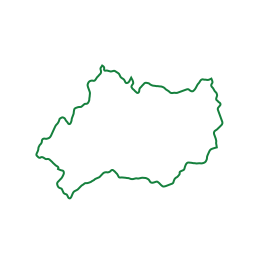 Bonao, Monseñor Nouel, Dominican Republic (orthographic projection), rotated 250°
{"feature_id": "3306468B55753848240652", "entity_name": "Bonao", "entity_type": "district", "adm_level": 2, "iso_a3": "DOM", "parent_name": "Dominican Republic", "parent_adm1": "Monseñor Nouel", "projection": "orthographic", "projection_center": [-70.443, 18.942], "detail": "fine", "context": "isolated", "style": "outline", "palette": "green", "viewbox_px": 256, "rotation_deg": 250, "n_neighbors": 0, "source": "geoboundaries", "source_scale": "gbopen_adm2", "svg_char_len": 5788}
<svg xmlns="http://www.w3.org/2000/svg" viewBox="0 0 256 256"><g transform="rotate(250 128 128)"><path d="M90.7,78.2L91.1,79.1L91.3,79.8L91.4,80.9L91.5,83.2L91.6,84.3L91.9,85.0L93.9,89.0L94.2,90.0L94.2,91.1L94.1,91.7L93.9,92.4L93.2,93.8L93.1,94.8L93.1,95.5L93.2,96.1L94.0,98.0L94.0,98.6L93.8,99.2L93.4,99.6L91.6,100.7L90.1,101.3L88.6,102.0L87.7,102.2L85.4,102.5L84.8,102.7L84.4,103.1L84.1,103.7L83.7,105.2L82.9,106.9L82.2,108.4L81.4,109.8L80.7,111.4L79.1,113.3L78.6,114.3L78.3,115.3L78.0,118.1L77.8,118.7L77.1,120.1L76.9,120.8L76.5,123.9L76.3,124.6L74.9,127.6L73.9,128.7L72.8,129.6L71.9,130.0L69.9,130.4L69.3,130.7L68.8,131.1L68.3,131.9L68.1,132.6L68.0,133.3L67.9,135.9L67.8,136.6L67.5,137.2L67.0,137.6L65.5,138.5L63.4,139.4L61.8,140.3L61.1,140.9L60.8,141.5L60.6,142.5L60.5,143.6L60.6,149.5L60.6,150.6L60.9,151.5L61.3,152.0L62.3,152.7L63.1,153.4L63.9,154.1L64.3,154.7L64.8,155.7L65.2,157.7L65.5,158.3L66.7,160.4L67.2,160.8L68.7,161.4L69.1,161.9L69.3,162.8L69.5,165.6L69.7,166.3L69.9,166.5L70.3,167.0L72.0,168.2L73.4,169.4L74.4,170.5L74.9,171.5L75.0,172.2L75.0,172.5L74.8,173.2L73.6,175.7L72.6,177.4L72.1,178.7L71.3,180.1L71.1,180.7L70.5,183.0L69.7,184.7L69.5,185.4L69.4,186.1L69.3,187.2L69.4,187.9L69.5,188.6L69.8,189.3L70.2,189.9L70.7,190.4L71.5,191.2L72.1,191.6L74.0,192.5L75.1,193.4L78.1,196.3L78.8,197.1L79.2,197.7L79.6,198.7L79.7,200.2L79.6,202.7L79.5,203.8L79.4,204.8L80.8,205.1L83.6,205.6L85.6,206.5L86.4,206.6L87.9,206.8L92.7,206.8L93.8,207.0L94.4,207.3L95.2,208.0L95.5,208.5L95.7,209.1L96.1,210.8L96.3,211.4L97.0,212.9L97.5,214.1L98.9,217.0L99.3,217.6L99.8,218.0L100.3,218.4L101.4,218.7L102.6,218.7L113.1,218.7L114.2,218.7L115.0,218.8L115.6,219.1L116.1,219.5L117.9,222.5L118.4,222.9L119.0,223.1L119.6,223.1L120.1,222.9L120.6,222.7L121.4,222.0L123.0,221.4L123.7,220.9L124.2,220.7L124.8,220.7L125.4,220.9L125.9,221.2L127.3,222.3L127.8,222.7L128.5,223.0L129.5,223.1L130.5,223.1L131.2,222.9L133.0,222.1L136.0,221.6L136.7,221.4L138.1,220.8L139.0,220.7L139.7,220.8L140.2,221.1L140.8,221.7L141.5,222.6L141.7,222.8L142.2,223.1L142.8,223.2L143.9,223.3L145.9,223.2L145.7,221.2L145.7,220.1L145.9,219.4L146.1,218.8L146.9,217.4L147.4,216.1L148.2,214.8L148.3,214.2L148.3,213.8L148.2,213.2L147.7,212.2L146.2,210.3L145.4,208.8L145.0,208.2L144.2,207.3L142.4,205.3L141.7,204.4L141.3,203.8L140.5,202.1L140.4,201.6L140.4,201.3L140.6,200.7L140.9,200.1L141.9,199.2L143.5,198.2L143.9,197.7L144.1,197.1L144.2,196.4L144.2,195.2L144.2,188.6L144.2,186.3L144.5,185.2L145.3,183.5L145.7,181.5L146.1,180.6L146.5,180.1L147.0,179.7L148.7,178.8L151.3,176.8L153.2,175.9L154.0,175.3L154.8,174.5L155.7,173.3L156.2,172.1L157.1,170.4L157.6,169.1L158.4,167.7L159.3,165.9L160.0,165.0L160.7,164.3L161.6,163.6L162.9,162.8L163.2,162.3L164.0,161.0L164.4,160.2L164.5,159.5L164.5,159.2L164.3,158.5L163.6,157.2L163.0,155.9L162.2,154.5L161.5,153.0L161.1,152.5L160.4,151.9L158.9,151.2L158.2,150.7L157.8,150.2L157.6,149.6L157.7,149.0L157.8,148.7L158.3,148.3L160.3,147.2L161.6,146.7L163.3,145.7L164.2,145.5L165.1,145.3L165.7,145.4L166.4,145.9L167.0,146.6L167.7,147.6L168.0,148.0L168.3,148.2L168.9,148.4L169.9,148.6L171.3,148.6L172.7,148.4L174.2,148.2L171.3,145.0L170.8,144.1L170.6,143.4L170.6,142.7L170.7,142.1L171.0,141.6L171.3,141.4L171.8,141.2L173.8,141.0L174.8,140.8L175.7,140.3L177.4,139.0L178.4,138.5L179.0,138.4L181.1,138.2L181.8,138.1L182.5,137.8L183.1,137.4L186.0,135.2L186.4,134.7L186.6,134.1L186.8,132.1L187.0,131.1L187.6,130.2L189.0,128.2L189.3,127.6L189.7,126.1L190.0,125.7L190.6,125.5L191.1,125.5L192.6,126.2L193.6,126.2L194.4,125.9L195.5,125.1L194.7,124.1L194.0,123.1L193.6,122.7L193.3,122.5L192.7,122.3L190.8,122.1L189.8,121.8L189.0,121.3L188.4,120.6L187.7,119.1L186.9,117.7L186.3,116.4L185.9,115.8L184.6,114.1L184.1,113.2L184.0,112.9L184.0,112.2L184.2,111.6L184.8,110.6L185.0,110.0L185.1,108.9L185.1,108.2L184.9,107.5L184.6,106.9L184.2,106.3L183.4,105.5L182.8,105.1L182.2,104.7L181.1,104.5L180.0,104.4L175.4,104.4L174.3,104.3L173.6,104.1L171.9,103.3L170.6,102.7L169.2,101.9L167.4,101.1L166.2,100.1L165.3,99.0L165.0,98.4L164.9,97.7L165.0,97.1L165.4,95.8L165.4,95.3L164.0,91.7L163.9,91.2L164.0,90.6L164.5,89.2L164.7,87.8L164.7,85.7L164.6,85.1L164.4,84.5L164.2,84.2L163.8,83.8L161.9,82.7L160.4,82.0L159.8,81.6L156.3,78.6L155.7,78.2L154.5,77.6L153.6,77.0L152.8,76.3L152.3,75.8L151.9,75.3L151.7,74.7L151.8,74.0L152.0,73.8L152.5,73.4L154.2,73.0L156.3,72.2L158.4,71.9L159.0,71.6L159.7,71.0L160.3,70.3L160.5,69.7L160.3,67.9L159.9,66.8L158.3,65.6L157.1,64.4L156.3,63.3L155.4,61.5L154.6,60.4L152.9,58.7L147.3,53.2L146.6,52.4L146.0,51.5L145.7,50.6L145.6,49.9L145.6,49.0L145.7,48.0L145.8,47.4L146.1,46.8L146.7,45.7L146.8,45.2L146.8,44.4L146.6,43.8L146.4,43.5L145.8,42.9L144.3,42.2L143.6,41.6L143.0,40.9L142.4,39.7L142.1,39.1L141.4,38.4L140.7,37.6L139.9,37.0L138.4,36.3L137.9,35.9L137.1,35.3L135.2,33.4L134.3,32.8L133.9,32.7L133.2,32.8L131.1,33.8L130.4,34.4L130.2,34.9L130.1,35.1L130.3,36.5L130.0,37.3L129.7,37.8L129.0,38.5L127.1,39.9L126.7,40.6L126.3,42.2L125.9,42.8L125.3,43.4L122.1,45.1L120.8,45.6L119.1,46.5L117.9,47.1L117.4,47.4L115.9,48.6L115.4,48.9L114.9,49.0L114.6,49.0L114.1,48.7L113.4,48.2L111.6,50.1L111.0,50.9L110.3,52.0L110.1,52.2L109.6,52.5L108.9,52.6L108.3,52.5L107.6,52.3L107.0,52.0L106.2,51.3L104.9,50.0L104.0,48.9L103.4,48.0L102.9,46.8L102.1,45.3L101.3,43.6L100.9,43.1L100.4,42.6L99.8,42.3L99.1,42.2L98.0,42.1L97.3,42.2L96.6,42.3L96.0,42.5L95.7,42.7L95.0,43.3L94.1,44.4L93.7,44.8L92.8,45.0L90.0,45.2L89.0,45.3L88.4,45.6L87.9,46.0L87.5,46.4L86.8,47.3L86.3,47.7L85.4,47.9L83.2,48.1L82.6,48.3L82.1,48.7L81.8,49.2L81.8,49.5L81.8,49.8L82.1,50.4L82.7,51.2L85.4,53.7L86.2,54.6L86.7,55.5L86.9,56.2L87.2,58.6L87.4,59.7L88.2,61.4L88.8,62.6L89.5,64.1L89.8,64.7L90.2,66.7L90.7,68.1L90.8,68.6L90.7,69.2L90.2,70.6L90.1,71.2L90.0,72.3L90.0,74.5L90.4,76.0L90.7,78.2Z" fill="none" stroke="#15803d" stroke-width="2"/></g></svg>